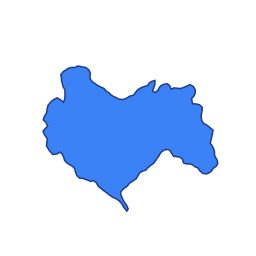 Funilândia, Minas Gerais, Brazil (Robinson projection), rotated 325°
{"feature_id": "56859067B22381127765389", "entity_name": "Funilândia", "entity_type": "district", "adm_level": 2, "iso_a3": "BRA", "parent_name": "Brazil", "parent_adm1": "Minas Gerais", "projection": "robinson", "projection_center": [-44.069, -19.36], "detail": "fine", "context": "isolated", "style": "filled", "palette": "blue", "viewbox_px": 256, "rotation_deg": 325, "n_neighbors": 0, "source": "geoboundaries", "source_scale": "gbopen_adm2", "svg_char_len": 2241}
<svg xmlns="http://www.w3.org/2000/svg" viewBox="0 0 256 256"><g transform="rotate(325 128 128)"><path d="M177.3,104.5L174.0,103.4L171.2,103.3L168.2,104.5L165.1,103.3L161.7,102.5L158.1,102.2L154.6,103.2L151.3,104.3L147.7,102.9L143.8,102.8L139.9,101.6L137.1,99.1L135.9,96.8L134.3,94.0L133.1,91.2L132.7,88.5L131.4,85.7L131.0,81.8L128.9,78.4L127.5,75.4L126.5,72.8L125.4,70.0L125.1,66.3L126.4,63.9L128.6,61.5L129.2,57.8L128.1,54.1L125.5,51.7L122.6,48.5L118.9,47.8L116.7,46.1L114.1,45.0L111.4,44.8L107.0,44.7L103.4,45.9L102.4,48.5L100.9,50.6L99.6,54.2L98.5,57.2L98.2,60.6L96.0,63.9L93.4,67.4L89.9,70.0L88.7,65.7L87.3,62.6L84.3,62.2L81.3,62.1L78.5,62.7L75.4,63.6L73.3,65.4L70.2,68.7L66.1,70.6L63.2,72.7L64.0,75.8L63.2,80.4L59.5,81.1L56.5,81.9L55.7,85.5L55.7,90.6L53.0,93.5L50.9,96.0L50.6,101.6L51.2,106.5L54.9,108.5L58.4,108.8L59.2,111.8L58.4,115.4L57.4,118.4L58.0,121.9L59.6,125.4L60.8,128.4L60.9,131.2L59.8,133.8L58.8,137.7L59.6,141.5L61.9,143.0L63.5,145.5L65.4,147.9L66.7,150.4L69.3,151.0L70.6,154.3L70.3,158.9L71.2,162.1L72.0,164.9L73.4,168.9L74.6,172.8L75.8,176.1L77.5,178.6L78.9,182.3L79.5,186.5L79.0,190.5L79.4,195.4L81.7,194.5L82.5,190.5L82.5,185.6L83.2,181.7L83.7,178.6L85.6,176.1L89.2,175.2L93.9,175.2L97.4,174.1L101.4,174.2L105.4,174.3L108.4,173.0L112.0,171.3L115.5,171.7L118.1,172.7L121.8,171.9L125.8,171.6L129.0,171.6L131.5,170.7L134.0,169.7L137.2,168.6L140.5,167.0L143.9,166.7L146.8,167.4L149.5,169.7L149.2,173.7L149.2,177.3L151.5,179.5L153.7,181.4L154.7,184.8L153.4,188.4L155.4,191.0L158.2,193.1L159.8,195.2L160.6,198.1L162.3,200.7L162.3,204.1L163.3,208.3L166.3,210.8L169.3,211.3L171.9,211.0L174.9,209.9L178.4,209.9L181.2,208.5L182.6,205.4L182.8,202.5L183.4,199.7L185.1,197.4L186.3,194.0L186.7,190.7L186.7,187.5L188.8,185.8L191.1,183.7L193.6,181.4L196.4,178.6L195.5,175.0L194.4,171.2L192.5,167.4L192.7,164.2L194.2,161.0L195.9,158.9L198.4,156.6L200.7,153.7L200.0,150.3L198.1,147.8L194.7,145.1L197.0,140.4L200.7,139.5L203.1,137.9L204.9,135.4L205.4,131.7L203.6,127.9L199.6,127.3L196.4,126.6L193.7,125.8L191.6,124.1L188.7,121.5L185.5,121.0L186.5,117.5L185.6,114.3L182.5,112.8L179.4,112.2L176.8,112.9L174.2,114.3L170.6,114.6L169.3,111.9L172.3,109.7L174.9,107.9L177.3,104.5Z" fill="#3b82f6" stroke="#1e3a8a" stroke-width="1.5"/></g></svg>